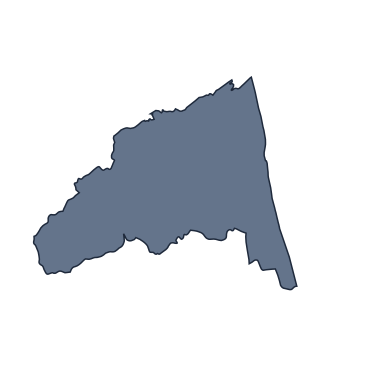 Dong Hoi, Quảng Bình, Vietnam, rotated 21°
{"feature_id": "81297802B5400707592531", "entity_name": "Dong Hoi", "entity_type": "district", "adm_level": 2, "iso_a3": "VNM", "parent_name": "Vietnam", "parent_adm1": "Quảng Bình", "projection": "robinson", "projection_center": [106.568, 17.448], "detail": "fine", "context": "isolated", "style": "filled", "palette": "slate", "viewbox_px": 384, "rotation_deg": 21, "n_neighbors": 0, "source": "geoboundaries", "source_scale": "gbopen_adm2", "svg_char_len": 6000}
<svg xmlns="http://www.w3.org/2000/svg" viewBox="0 0 384 384"><g transform="rotate(21 192 192)"><path d="M60.4,290.0L61.3,292.0L61.7,293.3L62.0,295.2L62.4,296.2L63.1,297.0L64.4,297.5L65.5,298.3L69.9,303.0L71.6,305.7L72.4,307.1L73.2,308.6L73.8,310.0L74.0,311.2L74.3,312.2L74.7,313.0L75.5,313.6L76.3,314.0L78.8,314.5L79.8,315.2L81.6,317.3L83.8,319.3L85.0,320.2L85.7,320.5L86.4,320.5L87.3,320.1L88.9,318.7L90.2,317.6L91.0,317.3L91.6,317.4L92.4,317.3L93.8,316.6L95.4,314.5L96.5,313.4L97.9,312.9L99.1,312.8L102.3,312.9L103.7,312.2L107.0,310.4L107.0,308.8L107.1,307.2L107.6,305.6L108.4,304.4L109.3,303.8L111.2,302.1L112.4,300.5L113.6,298.5L114.6,296.3L115.3,294.7L115.9,293.6L116.5,292.7L120.0,291.7L121.6,290.6L123.6,288.8L124.7,288.0L127.0,287.0L129.3,285.4L130.5,284.4L132.0,282.4L132.8,280.9L133.2,280.1L135.5,278.1L136.9,277.1L138.6,276.6L140.3,275.9L141.4,275.0L142.9,272.7L144.1,270.3L145.2,269.1L146.1,267.5L146.5,265.7L146.5,263.4L146.3,261.8L145.3,259.7L143.1,255.5L145.2,257.3L147.3,259.3L148.3,259.9L149.3,260.1L150.5,260.1L151.7,259.8L152.9,259.1L154.1,258.0L155.0,257.2L155.4,256.4L155.8,255.2L155.9,254.7L156.3,254.7L160.6,254.9L161.6,255.2L163.6,255.6L165.9,256.3L168.0,257.2L169.7,258.2L171.9,260.7L172.9,262.0L173.7,262.8L174.1,263.1L174.5,263.2L175.3,263.0L177.3,262.3L177.8,262.3L178.7,262.7L179.5,263.0L180.6,263.0L181.0,262.8L181.9,261.8L183.0,261.9L183.8,261.7L184.2,261.4L185.1,259.9L186.2,258.2L186.6,257.6L187.1,256.8L187.7,255.9L188.1,255.3L188.3,254.9L189.0,253.3L189.3,252.2L189.3,251.2L189.6,250.0L190.0,248.5L190.3,247.6L190.8,247.1L191.6,246.6L192.4,246.2L193.8,246.0L194.9,245.8L195.9,245.5L196.4,245.2L196.3,244.6L195.6,244.0L194.5,243.2L194.3,242.7L194.4,241.3L194.7,239.9L195.1,239.0L195.5,238.6L196.0,238.6L196.4,238.7L197.3,239.2L198.2,239.7L199.0,239.8L199.3,239.8L199.6,239.4L199.9,239.0L200.1,238.5L200.3,237.6L199.9,235.2L199.9,234.8L200.0,234.5L200.3,234.3L200.9,234.3L201.9,234.1L202.3,233.8L202.9,233.0L203.2,232.4L203.5,231.4L204.0,229.2L204.3,228.2L207.9,227.3L210.6,226.8L212.9,226.7L215.1,226.7L216.5,227.0L218.0,227.6L219.5,228.6L221.2,229.6L222.5,230.0L223.9,230.1L224.9,230.0L225.9,229.6L229.2,228.1L231.2,227.6L234.4,227.3L236.7,226.8L238.4,225.5L239.5,224.3L240.0,223.5L240.2,222.6L240.2,221.9L239.9,220.7L239.3,219.0L239.1,217.7L239.0,216.3L239.3,215.4L239.8,214.5L240.5,213.8L241.1,213.5L241.8,213.5L243.3,213.8L243.7,213.6L244.1,213.3L244.4,212.6L244.5,211.8L244.6,210.7L246.6,210.5L250.2,210.9L252.2,211.1L254.8,211.1L257.2,211.0L258.2,214.4L260.4,219.3L264.4,226.3L269.4,234.7L271.1,238.5L273.2,236.0L274.6,233.7L275.4,232.9L276.2,232.5L277.4,232.3L277.9,232.4L279.2,233.6L282.5,237.2L284.3,239.0L285.2,239.4L286.0,239.6L286.6,239.5L289.1,238.0L294.5,235.3L297.4,234.0L301.9,238.9L305.4,243.4L308.1,247.3L309.0,248.0L310.3,248.7L311.7,249.0L318.2,248.1L319.4,247.6L320.1,246.9L321.3,244.4L321.9,243.5L322.9,242.7L323.6,242.4L306.1,217.8L286.9,194.8L286.4,193.9L284.8,191.5L283.4,189.6L281.9,187.4L280.1,184.8L277.9,181.5L276.4,179.5L275.0,177.4L269.1,169.3L268.5,168.2L266.9,165.2L263.9,159.8L260.1,154.1L258.0,150.9L257.2,149.4L255.9,146.3L254.4,143.4L251.8,138.2L250.7,136.8L250.3,136.4L249.9,136.3L249.4,136.4L246.4,132.3L245.2,129.3L244.2,124.1L243.6,121.4L243.0,119.8L241.7,116.6L237.1,108.8L235.0,105.9L229.3,96.8L224.1,89.9L215.5,76.6L213.7,74.0L206.2,63.5L205.5,64.5L201.8,72.5L200.2,75.7L200.0,76.3L199.4,77.3L199.4,77.6L199.0,78.3L198.1,79.1L197.4,79.3L196.5,79.3L195.1,79.8L194.3,80.5L193.5,82.0L192.9,82.7L192.6,82.9L192.2,82.8L192.1,82.5L192.2,81.8L192.6,80.8L192.9,78.9L192.8,78.1L192.3,76.8L191.7,76.6L190.9,76.5L190.2,76.5L189.8,76.8L189.3,77.5L188.7,77.6L188.4,77.2L188.6,76.7L189.8,75.4L189.9,74.8L189.9,74.3L189.7,73.9L189.0,73.1L188.3,74.1L186.7,76.3L184.3,80.1L180.0,86.7L178.5,88.3L178.0,89.4L178.0,89.9L176.8,94.1L175.2,93.7L174.0,93.7L173.4,93.9L173.1,94.3L172.8,95.6L172.4,96.0L171.4,96.2L170.6,96.5L168.9,98.4L167.9,99.4L164.7,101.3L164.2,102.3L162.2,106.0L156.8,115.0L156.4,116.8L155.8,118.1L154.7,118.9L153.4,120.2L152.3,120.7L151.1,120.8L149.7,120.5L148.2,120.4L146.8,120.3L146.4,122.4L145.4,123.8L144.1,124.3L143.0,124.4L142.5,124.6L141.7,124.9L141.0,125.4L139.6,126.1L136.2,126.7L135.9,125.9L135.1,126.0L135.2,126.8L135.3,127.6L135.4,128.5L135.1,129.0L133.9,128.9L133.1,128.4L131.8,128.2L129.0,128.9L125.2,133.9L127.3,133.4L127.2,134.5L127.8,134.8L130.6,137.7L129.9,138.3L129.3,138.7L128.7,139.1L128.4,139.2L127.6,139.2L126.8,138.8L126.4,138.9L126.1,139.3L125.8,140.2L126.2,140.7L126.2,141.1L126.1,141.3L125.6,141.4L124.8,141.5L124.3,141.7L123.0,142.8L122.4,142.6L122.1,142.2L121.1,143.1L120.3,143.8L119.3,145.4L117.8,148.3L115.8,151.6L114.5,153.0L111.8,154.7L110.5,155.0L108.5,155.4L107.8,155.7L106.9,156.3L105.4,157.6L103.5,159.6L101.8,163.2L99.8,166.7L99.1,167.6L99.1,168.0L99.3,169.4L99.6,170.3L102.1,173.4L102.0,176.3L103.3,179.2L104.1,181.4L104.1,182.2L103.7,184.3L103.7,185.6L103.8,186.8L104.3,188.0L104.5,188.5L104.8,188.9L105.2,189.3L105.8,189.6L106.8,189.7L108.1,190.0L108.3,190.2L108.3,190.9L108.1,193.4L108.1,195.5L108.0,198.9L107.7,199.7L107.3,200.2L107.0,200.4L106.1,200.5L105.1,200.2L104.3,200.4L103.5,201.0L102.6,202.1L101.7,203.3L101.2,203.5L100.4,203.5L99.7,203.3L98.4,202.7L96.7,201.8L96.1,201.7L95.6,201.9L94.8,202.6L94.0,203.8L92.4,206.5L90.2,211.0L89.2,212.8L87.3,214.5L85.9,216.2L85.2,217.3L85.0,218.2L84.6,219.0L84.2,219.5L83.6,219.8L82.7,219.9L81.9,219.9L81.4,220.0L81.2,220.3L81.1,221.1L81.2,222.2L81.4,223.6L81.2,224.2L80.6,224.9L79.5,225.6L79.3,226.0L79.3,226.6L79.6,227.1L80.4,227.8L81.4,228.8L82.4,230.4L82.9,231.5L85.0,232.3L87.0,233.1L84.5,237.1L83.7,239.1L83.0,240.4L81.2,242.3L79.8,243.5L79.2,244.5L78.9,246.3L78.6,251.6L78.4,253.2L78.4,256.1L78.2,256.4L76.9,256.9L75.5,257.8L74.6,258.6L73.1,261.5L72.1,262.5L70.5,263.1L68.5,263.6L67.7,264.4L67.1,265.8L67.0,267.1L67.2,268.3L67.8,269.7L68.3,271.0L68.3,272.0L67.8,273.1L66.0,275.2L64.8,277.1L63.7,279.9L63.4,282.3L62.9,285.1L62.3,287.4L62.0,288.3L61.3,289.2L60.4,290.0Z" fill="#64748b" stroke="#1e293b" stroke-width="1.5"/></g></svg>